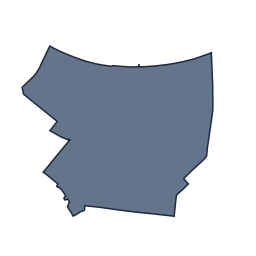 Al Manshiyya, Al Iskandariyah, Egypt, rotated 349°
{"feature_id": "37247803B47768996612794", "entity_name": "Al Manshiyya", "entity_type": "district", "adm_level": 2, "iso_a3": "EGY", "parent_name": "Egypt", "parent_adm1": "Al Iskandariyah", "projection": "robinson", "projection_center": [29.892, 31.198], "detail": "fine", "context": "isolated", "style": "filled", "palette": "slate", "viewbox_px": 256, "rotation_deg": 349, "n_neighbors": 0, "source": "geoboundaries", "source_scale": "gbopen_adm2", "svg_char_len": 5455}
<svg xmlns="http://www.w3.org/2000/svg" viewBox="0 0 256 256"><g transform="rotate(349 128 128)"><path d="M194.3,174.7L195.8,173.8L197.8,172.5L199.2,171.1L199.9,170.3L202.5,161.6L205.8,152.3L206.3,150.9L214.7,126.6L216.5,117.5L219.3,102.1L224.2,69.9L223.8,70.0L223.4,70.1L223.0,70.2L222.6,70.3L222.3,70.4L221.9,70.4L221.6,70.5L221.3,70.6L221.0,70.6L220.7,70.6L220.4,70.7L220.1,70.8L219.9,70.8L219.6,70.8L219.4,70.9L219.2,70.9L218.7,70.9L218.5,71.0L218.3,71.0L218.1,71.1L217.8,71.1L217.6,71.1L217.3,71.1L217.1,71.2L216.8,71.2L216.5,71.3L216.2,71.3L215.8,71.4L215.5,71.4L215.1,71.5L214.7,71.5L214.3,71.6L213.9,71.7L213.5,71.7L213.1,71.8L212.7,71.8L212.3,71.9L211.8,72.0L211.4,72.0L211.0,72.1L210.6,72.1L210.3,72.2L209.9,72.2L209.6,72.3L209.2,72.3L208.9,72.4L208.6,72.4L208.3,72.4L208.0,72.5L207.8,72.6L207.5,72.6L207.2,72.6L206.9,72.6L206.6,72.7L206.2,72.7L205.9,72.8L205.5,72.8L205.1,72.8L204.7,72.8L204.2,72.9L203.8,72.9L203.3,72.9L202.8,72.9L202.4,73.0L201.9,73.0L201.4,73.0L200.9,73.0L200.4,73.1L199.9,73.1L199.4,73.1L198.9,73.1L198.3,73.2L197.8,73.2L197.3,73.2L196.7,73.3L196.2,73.3L195.7,73.3L195.2,73.4L194.6,73.4L194.1,73.4L193.6,73.4L193.2,73.4L192.7,73.4L192.2,73.4L191.8,73.4L191.4,73.4L191.0,73.4L190.6,73.4L190.3,73.4L189.9,73.5L189.6,73.4L189.3,73.4L188.9,73.4L188.6,73.4L188.2,73.5L187.9,73.4L187.5,73.4L187.2,73.4L186.8,73.4L186.4,73.5L186.1,73.4L185.7,73.4L185.4,73.4L185.1,73.4L184.7,73.4L184.4,73.4L184.1,73.4L183.8,73.4L183.5,73.4L183.2,73.4L182.8,73.4L182.5,73.3L182.2,73.3L181.9,73.3L181.5,73.3L181.2,73.3L180.7,73.3L180.4,73.3L180.2,73.2L180.0,73.3L179.8,73.3L179.6,73.2L179.3,73.2L179.1,73.2L178.9,73.2L178.7,73.2L178.3,73.2L178.1,73.2L177.9,73.2L177.7,73.1L177.4,73.1L177.2,73.1L176.7,73.1L176.2,73.0L175.7,73.0L175.2,73.0L174.9,72.9L174.6,72.9L174.4,72.9L174.1,72.8L173.8,72.9L173.5,72.8L173.2,72.8L172.9,72.8L172.7,72.7L172.4,72.7L172.1,72.7L171.9,72.7L171.7,72.7L171.4,72.6L171.2,72.6L170.8,72.6L170.6,72.6L170.4,72.6L170.2,72.6L169.8,72.5L169.6,72.5L169.4,72.5L169.1,72.5L168.9,72.5L168.6,72.4L168.4,72.4L168.1,72.4L167.8,72.4L167.6,72.4L167.3,72.3L167.0,72.3L166.7,72.2L166.4,72.2L166.1,72.2L165.7,72.2L165.4,72.1L165.0,72.1L164.6,72.1L164.3,72.0L163.9,71.9L163.5,71.9L163.0,71.9L162.6,71.8L162.2,71.8L161.8,71.7L161.4,71.7L161.0,71.6L160.6,71.6L160.3,71.6L159.9,71.5L159.5,71.4L159.1,71.4L158.7,71.4L158.3,71.3L158.0,71.2L157.6,71.2L157.2,71.2L156.8,71.1L156.5,71.0L156.1,71.0L155.8,71.0L155.5,70.9L155.3,70.9L155.0,70.8L154.8,70.8L154.6,70.8L154.4,70.8L154.1,70.7L153.9,70.7L153.7,70.6L153.3,70.6L153.1,70.5L152.8,70.5L152.5,70.4L152.3,70.4L152.0,70.3L151.8,70.3L151.5,70.3L151.3,70.2L151.1,70.2L150.9,70.0L150.9,69.8L150.8,69.4L150.8,69.0L150.9,68.8L150.9,68.4L150.8,68.0L150.7,68.0L150.6,68.3L150.5,68.7L150.5,69.1L150.4,69.5L150.3,69.8L150.1,69.9L149.9,69.8L149.8,69.7L149.6,69.6L149.4,69.6L149.2,69.5L148.8,69.6L148.6,69.6L148.3,69.6L148.0,69.6L147.8,69.6L147.5,69.6L147.3,69.6L147.1,69.5L146.9,69.5L146.6,69.4L146.4,69.4L146.2,69.3L145.9,69.3L145.7,69.2L145.4,69.1L145.0,69.1L144.6,69.0L144.2,68.9L143.8,68.9L143.3,68.8L142.8,68.6L142.3,68.6L141.8,68.4L141.2,68.3L140.7,68.2L140.2,68.0L139.6,67.9L139.1,67.8L138.6,67.7L138.0,67.5L137.4,67.3L136.9,67.2L136.3,67.0L135.7,66.9L135.1,66.7L134.5,66.6L133.9,66.4L133.4,66.3L132.8,66.1L132.3,66.0L131.8,65.8L131.4,65.7L130.9,65.6L130.5,65.5L130.2,65.4L129.8,65.3L129.5,65.2L129.2,65.1L128.8,65.0L128.6,65.0L128.4,64.9L128.2,64.9L127.8,64.7L127.6,64.7L127.4,64.6L127.2,64.6L126.9,64.5L126.6,64.4L126.4,64.3L126.1,64.2L125.9,64.2L125.7,64.1L125.4,64.0L125.1,63.9L124.8,63.9L124.6,63.9L124.4,64.0L124.2,64.1L123.7,64.3L123.5,64.2L123.2,64.2L122.9,64.1L122.6,64.0L122.3,63.9L121.8,63.8L121.4,63.6L120.9,63.4L120.3,63.3L119.8,63.0L119.1,62.8L118.5,62.6L117.8,62.3L117.1,62.1L116.4,61.8L115.7,61.6L114.9,61.3L114.2,61.0L113.4,60.7L112.7,60.4L111.9,60.1L111.1,59.8L110.4,59.5L109.6,59.2L108.8,58.9L108.1,58.6L107.4,58.2L106.6,57.9L105.9,57.6L105.2,57.2L104.5,56.9L103.9,56.7L103.2,56.3L102.6,56.0L102.0,55.7L101.4,55.4L100.8,55.1L100.2,54.8L99.7,54.5L99.1,54.2L98.5,53.9L98.0,53.7L97.5,53.3L96.9,53.1L96.3,52.7L95.8,52.4L95.2,52.1L94.6,51.7L94.0,51.4L93.3,51.0L92.7,50.6L92.0,50.2L91.3,49.8L90.7,49.4L90.0,49.0L89.3,48.6L88.6,48.1L87.9,47.7L87.2,47.2L86.5,46.8L85.8,46.3L85.1,45.9L84.4,45.5L83.7,45.1L83.1,44.6L82.4,44.2L81.8,43.8L81.2,43.4L80.6,42.9L80.0,42.6L79.5,42.2L79.0,41.9L78.6,41.6L78.2,41.3L77.8,41.1L77.5,40.8L77.1,40.6L76.8,40.4L76.4,40.1L76.0,39.8L75.6,39.6L75.2,39.2L74.8,38.9L74.3,38.6L73.9,38.2L73.4,37.8L72.9,37.4L72.3,37.0L71.7,36.6L71.2,36.1L70.6,35.7L70.0,35.2L69.4,34.7L68.9,34.3L68.4,33.9L68.0,33.5L67.6,33.2L67.2,32.9L66.9,32.6L55.4,48.0L53.2,51.3L47.6,57.5L42.5,61.0L31.8,67.9L31.9,73.5L31.9,74.4L32.2,75.2L41.6,86.5L59.7,107.9L58.5,109.1L57.4,110.1L50.8,115.7L60.2,123.7L66.4,127.9L66.9,128.4L67.7,127.7L68.7,128.5L49.5,144.2L48.9,144.7L43.2,149.6L36.3,155.2L38.2,157.1L40.0,159.2L46.2,166.7L48.5,169.5L46.9,171.4L47.6,172.8L48.6,172.7L51.3,176.4L51.3,176.8L54.0,182.6L53.3,183.0L51.7,184.5L51.9,185.8L52.5,186.7L55.2,186.1L56.5,190.0L55.4,190.7L54.5,192.5L53.5,193.8L54.0,195.3L56.3,200.7L57.2,204.0L60.1,203.3L65.5,201.1L67.7,200.8L69.5,200.5L70.8,196.0L84.9,200.4L105.7,207.5L120.9,212.5L132.0,215.8L132.7,216.0L156.5,223.4L157.5,220.0L162.3,204.4L162.8,203.3L162.9,203.0L170.0,198.8L176.6,194.4L174.2,190.4L173.9,189.8L173.4,189.1L172.9,188.3L181.7,182.6L182.3,182.2L185.5,180.2L194.3,174.7Z" fill="#64748b" stroke="#1e293b" stroke-width="1.5"/></g></svg>